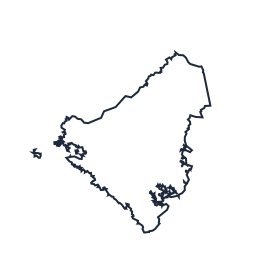 Soná, Veraguas, Panama (Mercator projection), rotated 24°
{"feature_id": "35544464B54310039107980", "entity_name": "Soná", "entity_type": "district", "adm_level": 2, "iso_a3": "PAN", "parent_name": "Panama", "parent_adm1": "Veraguas", "projection": "mercator", "projection_center": [-81.367, 7.878], "detail": "fine", "context": "isolated", "style": "outline", "palette": "slate", "viewbox_px": 256, "rotation_deg": 24, "n_neighbors": 0, "source": "geoboundaries", "source_scale": "gbopen_adm2", "svg_char_len": 5983}
<svg xmlns="http://www.w3.org/2000/svg" viewBox="0 0 256 256"><g transform="rotate(24 128 128)"><path d="M81.7,139.1L78.2,140.1L75.1,139.1L72.3,139.8L70.7,144.3L69.5,143.0L67.5,142.9L68.5,145.1L67.8,145.4L68.9,146.3L67.6,148.0L67.9,149.7L66.5,150.1L66.2,153.1L67.2,154.8L71.0,155.3L71.2,157.3L69.3,159.0L72.3,157.5L73.4,158.8L72.2,160.4L73.3,162.4L71.9,163.3L69.9,163.0L68.9,164.1L70.3,164.8L69.9,165.6L71.1,165.6L71.9,164.4L72.5,165.9L75.0,166.7L74.3,167.4L76.0,169.6L77.0,170.0L77.9,168.8L80.0,170.0L79.2,170.8L81.7,173.6L83.3,173.4L81.9,172.4L82.8,170.1L80.5,169.7L80.1,168.2L81.6,166.7L80.1,166.3L82.6,164.5L85.2,165.4L87.0,164.8L88.1,165.3L87.9,166.1L90.3,166.5L90.2,164.6L91.8,165.5L94.1,164.1L96.7,167.4L98.8,166.5L99.8,167.6L99.7,168.8L98.2,168.9L97.8,170.4L96.4,170.3L98.3,171.4L95.5,171.7L97.6,172.7L98.3,175.1L96.3,175.9L90.8,175.7L87.5,177.7L86.7,177.0L86.7,178.2L83.9,180.3L88.1,182.3L90.7,182.3L91.5,184.0L94.3,183.0L95.1,183.6L93.9,184.7L94.9,185.2L97.5,183.8L97.8,185.0L98.8,184.7L99.5,182.6L100.2,183.6L101.7,183.3L100.9,185.3L102.5,185.1L103.1,186.3L104.0,184.0L106.4,185.0L106.7,186.0L107.2,184.9L108.6,185.2L107.9,184.6L108.4,183.8L111.3,185.0L112.5,184.1L114.1,186.9L116.1,185.8L116.1,187.4L118.2,187.7L119.1,188.9L118.1,190.4L116.9,190.2L117.6,190.7L116.6,193.0L117.2,193.7L119.9,193.1L121.3,193.9L123.5,192.0L124.7,192.6L124.4,194.3L126.2,193.6L128.4,195.7L130.7,194.5L129.7,192.8L130.8,191.8L131.8,192.7L133.2,192.4L132.8,193.5L136.9,196.0L137.1,197.5L137.9,196.5L141.2,197.3L142.5,196.7L143.9,198.2L146.1,198.4L150.2,200.5L150.8,199.8L153.3,200.4L157.8,203.1L159.1,202.5L158.1,201.9L159.5,198.5L157.7,198.4L157.3,197.9L159.7,197.5L160.2,198.8L159.5,199.4L163.7,200.6L164.0,202.2L165.8,202.6L166.6,205.2L168.5,205.5L168.9,206.5L167.9,207.4L169.2,208.6L174.8,208.7L174.8,209.6L176.0,210.2L175.7,211.4L177.3,210.7L180.8,211.3L182.3,212.6L182.3,214.4L185.3,216.9L189.6,214.4L189.5,213.5L192.1,211.9L193.8,209.4L195.7,202.4L194.7,202.1L193.7,198.7L191.7,197.3L197.0,186.8L196.8,182.9L193.7,181.8L191.3,184.6L191.3,183.6L189.8,183.7L189.7,184.2L190.4,184.7L190.5,185.3L189.7,184.4L187.9,185.8L189.7,183.1L188.3,182.8L186.7,183.8L187.2,185.1L186.5,185.1L185.8,187.1L183.9,187.2L183.1,186.1L183.7,185.4L181.5,185.1L182.0,184.2L180.9,184.1L181.7,183.6L181.4,181.9L178.6,181.4L179.0,180.4L176.5,179.0L176.2,178.1L174.6,178.6L174.2,177.5L174.6,176.5L180.5,180.9L180.1,179.3L178.7,178.5L178.4,177.3L178.7,176.8L179.2,178.4L180.9,179.8L180.7,180.4L182.4,181.1L182.9,183.1L184.8,183.9L186.0,183.0L185.5,182.6L186.5,182.9L189.7,180.7L189.7,179.5L187.5,178.6L186.3,176.5L183.8,176.8L183.3,176.2L183.3,175.7L183.6,175.5L183.9,176.6L186.4,176.2L186.2,174.0L184.7,173.8L186.3,173.7L186.2,170.7L181.5,170.8L179.9,169.7L177.9,169.6L178.2,168.5L177.5,168.3L178.7,168.6L178.5,167.6L180.2,168.8L180.3,166.7L183.1,168.9L182.8,165.9L185.4,167.3L185.7,166.6L187.1,168.3L187.8,167.6L188.5,169.7L190.6,170.4L189.1,170.5L189.0,172.0L187.1,170.9L187.2,176.6L189.0,178.1L189.8,176.5L191.2,175.9L191.0,175.2L190.6,174.7L190.5,174.4L191.3,175.9L192.2,175.3L191.7,173.7L192.7,171.7L192.2,171.6L193.4,170.9L192.6,170.5L191.5,169.0L191.5,168.8L193.6,170.7L196.7,167.9L192.8,165.7L189.5,166.0L189.2,165.6L189.1,165.1L189.5,165.9L190.6,165.5L190.0,164.6L190.8,165.4L191.7,165.4L191.2,165.1L190.8,164.1L190.2,164.2L190.2,163.6L191.0,164.1L191.3,165.0L193.2,164.6L193.0,165.3L195.2,166.3L195.1,165.4L196.1,166.5L195.9,165.7L196.6,166.7L198.0,165.9L197.2,166.7L197.2,167.2L200.1,168.2L197.3,167.5L193.3,172.2L192.9,174.0L195.9,173.4L201.2,169.5L202.4,170.3L201.5,168.3L203.9,165.6L205.2,161.7L203.5,158.3L204.5,154.7L204.1,154.5L202.4,155.0L201.7,154.9L201.8,155.5L201.0,154.1L202.5,154.8L204.4,154.1L204.7,150.5L200.6,146.8L200.9,143.0L198.9,144.4L198.4,144.0L198.1,142.6L199.0,144.2L200.8,142.5L201.2,141.2L200.3,140.5L201.4,140.7L200.5,139.8L201.5,140.6L202.3,139.8L202.0,136.9L198.3,137.4L197.7,138.9L197.7,137.4L193.4,138.2L192.7,140.5L193.6,141.2L192.9,141.0L192.6,140.4L193.2,138.0L191.7,137.8L191.8,136.7L189.8,137.3L189.7,137.4L189.9,137.8L189.9,138.0L189.6,137.3L190.6,136.6L188.7,136.5L191.8,136.4L192.1,136.7L192.1,137.7L195.7,136.8L193.4,132.3L191.3,131.6L191.8,131.9L191.8,132.3L191.1,132.3L191.0,133.1L189.7,133.2L189.9,133.8L189.5,133.8L189.5,133.1L190.9,133.0L191.0,132.2L191.7,132.0L188.0,130.4L187.4,126.4L185.6,125.5L185.3,125.9L185.5,126.6L185.3,127.0L185.1,126.0L185.6,125.4L187.8,125.9L189.9,124.8L188.6,124.9L187.3,124.1L187.1,123.7L187.3,123.4L188.0,123.5L187.5,123.0L187.5,122.7L188.6,122.2L187.9,122.2L186.0,121.1L185.9,121.1L185.9,120.9L188.7,122.0L188.5,122.5L187.7,122.8L188.2,123.5L188.1,123.8L187.3,123.7L188.7,124.7L194.5,124.8L195.4,122.3L188.3,120.4L184.9,116.3L183.6,113.1L183.7,109.3L182.1,108.3L184.0,104.4L182.8,104.0L183.6,103.0L182.4,101.2L183.4,99.2L182.0,97.0L179.3,95.9L180.2,93.8L179.8,91.0L185.2,90.4L191.7,88.0L187.5,84.0L188.2,83.1L187.2,81.9L189.6,78.6L189.3,76.6L194.2,74.1L174.8,47.0L173.8,46.7L173.3,44.7L170.0,41.9L168.0,43.1L158.8,44.2L156.2,43.3L152.5,40.3L148.9,39.1L144.9,40.6L140.7,39.6L141.4,40.5L140.7,41.7L141.8,42.3L139.4,45.4L139.6,47.6L137.2,46.7L134.9,50.0L137.3,51.7L137.9,53.5L135.9,55.3L135.5,58.7L133.4,59.8L135.0,61.6L134.6,63.3L135.5,63.4L134.9,64.6L130.4,66.3L129.7,69.4L127.4,69.9L127.4,71.3L126.0,72.4L126.4,74.4L125.3,77.9L126.5,78.6L126.5,79.7L127.7,79.6L128.0,81.5L125.6,81.7L125.3,84.0L122.5,86.1L122.5,90.5L118.5,98.7L112.7,99.9L108.2,113.9L99.3,122.5L99.3,129.6L89.6,139.8L85.7,141.0L81.7,139.1ZM59.6,189.1L58.7,187.0L57.7,187.8L56.7,187.3L51.0,189.3L53.3,189.7L54.2,192.0L55.6,190.5L58.3,191.5L59.6,191.0L59.6,189.1ZM73.7,168.4L71.2,167.5L69.5,168.1L69.2,168.7L71.6,169.7L70.7,170.5L70.3,169.7L69.4,170.6L67.6,170.2L66.8,170.8L67.8,171.2L66.9,171.7L67.3,172.5L69.4,172.0L70.5,173.1L71.4,172.8L70.6,172.2L71.4,171.6L72.8,171.7L73.7,168.4ZM90.9,168.7L89.1,169.9L91.1,172.5L92.0,171.9L91.2,170.3L92.0,169.6L90.9,168.7ZM51.7,187.7L52.1,185.3L50.8,186.3L51.7,187.7Z" fill="none" stroke="#1e293b" stroke-width="2"/></g></svg>